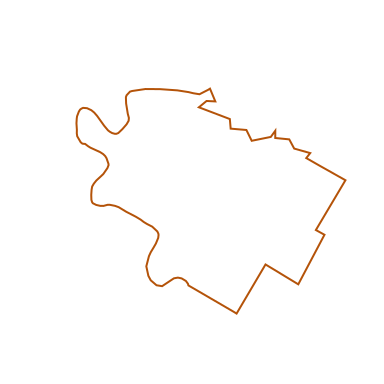 Perry, Indiana, United States of America, rotated 120°
{"feature_id": "52423323B11112543389070", "entity_name": "Perry", "entity_type": "district", "adm_level": 2, "iso_a3": "USA", "parent_name": "United States of America", "parent_adm1": "Indiana", "projection": "mercator", "projection_center": [-86.618, 38.054], "detail": "fine", "context": "isolated", "style": "outline", "palette": "amber", "viewbox_px": 384, "rotation_deg": 120, "n_neighbors": 0, "source": "geoboundaries", "source_scale": "gbopen_adm2", "svg_char_len": 1557}
<svg xmlns="http://www.w3.org/2000/svg" viewBox="0 0 384 384"><g transform="rotate(120 192 192)"><path d="M274.7,148.4L274.9,96.1L275.0,92.6L218.0,92.1L218.8,53.8L162.8,55.9L163.0,65.7L105.1,65.0L105.4,93.7L105.5,110.0L99.2,109.1L103.3,125.2L97.8,134.1L103.6,146.9L97.3,150.5L104.9,151.3L117.8,165.9L111.1,175.9L117.8,190.2L109.9,195.7L115.2,228.4L105.9,224.9L101.9,217.1L93.5,228.1L95.4,229.1L103.6,234.4L105.8,240.2L107.2,244.9L111.3,255.5L118.9,271.1L126.1,283.8L134.5,294.4L136.1,295.9L140.9,297.0L142.8,296.7L144.0,296.0L148.3,293.3L156.4,286.7L159.4,283.7L162.0,282.5L166.1,282.5L172.3,283.7L177.8,285.3L179.4,286.6L180.2,288.0L180.9,290.7L180.9,293.4L180.6,295.6L178.5,301.3L173.6,312.1L172.1,316.4L171.5,320.1L171.9,324.8L173.6,328.4L175.2,329.5L176.6,330.1L178.9,330.2L183.9,329.4L185.9,328.6L190.3,326.4L195.7,322.8L198.8,321.1L201.1,319.3L204.5,313.4L204.9,311.6L204.8,310.7L203.8,308.6L204.3,304.9L204.4,302.2L203.4,291.4L203.6,287.8L204.3,285.1L205.5,282.9L209.3,278.5L210.4,277.7L213.6,277.2L220.8,277.8L229.9,280.6L233.9,281.2L237.2,281.2L240.2,280.1L244.9,277.8L249.1,275.2L250.7,273.5L251.3,272.3L251.1,268.5L249.9,264.6L248.3,261.7L245.2,258.6L244.2,256.8L242.5,251.8L241.8,247.9L242.0,239.0L241.5,228.3L241.6,222.6L242.1,218.9L242.2,215.1L241.9,209.1L243.5,202.3L244.8,200.4L245.9,199.5L248.7,198.3L254.7,197.5L259.4,197.5L264.8,197.6L269.1,197.2L279.2,194.4L286.4,187.9L289.1,183.6L290.5,176.1L288.5,170.8L275.8,164.5L273.2,161.4L272.0,157.8L272.1,152.8L273.5,149.6L274.7,148.4Z" fill="none" stroke="#b45309" stroke-width="2"/></g></svg>